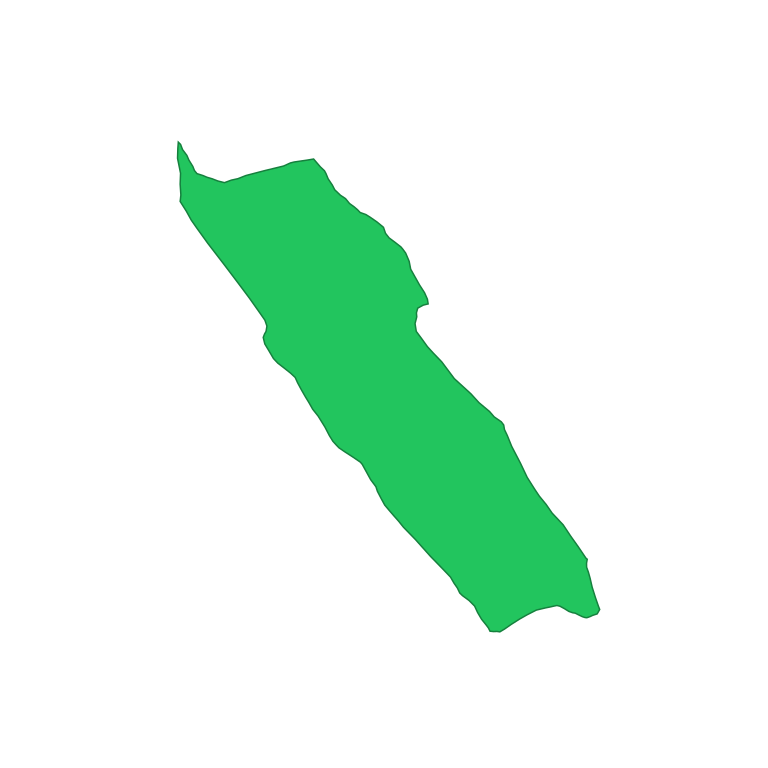 the district of Jokkmokk, Norrbotten, Sweden, rotated 212°
{"feature_id": "70781695B36834641182296", "entity_name": "Jokkmokk", "entity_type": "district", "adm_level": 2, "iso_a3": "SWE", "parent_name": "Sweden", "parent_adm1": "Norrbotten", "projection": "robinson", "projection_center": [18.54, 66.923], "detail": "fine", "context": "isolated", "style": "filled", "palette": "green", "viewbox_px": 768, "rotation_deg": 212, "n_neighbors": 0, "source": "geoboundaries", "source_scale": "gbopen_adm2", "svg_char_len": 2368}
<svg xmlns="http://www.w3.org/2000/svg" viewBox="0 0 768 768"><g transform="rotate(212 384 384)"><path d="M424.9,498.4L427.7,501.4L435.0,506.5L439.5,508.3L442.2,509.2L448.8,509.9L457.1,510.6L462.6,512.6L467.5,516.6L475.8,517.7L484.1,518.1L489.2,518.1L495.1,516.8L498.6,517.7L503.1,518.4L508.9,518.8L514.8,520.8L521.0,521.0L528.7,522.6L533.2,525.3L540.1,528.4L544.7,531.7L547.5,533.3L553.0,534.4L562.9,537.5L568.1,532.9L577.9,524.6L580.5,521.9L584.7,515.6L598.1,501.9L611.6,487.6L616.7,480.7L621.5,476.0L626.0,470.2L632.6,468.1L638.4,467.0L643.8,465.5L647.8,464.9L654.1,463.3L657.9,464.6L661.4,467.2L668.1,470.5L672.3,473.4L679.0,476.0L683.5,479.4L686.6,480.1L683.7,474.6L678.7,466.0L668.2,454.9L662.8,445.5L656.4,436.6L653.6,430.8L643.2,425.8L634.2,420.8L624.8,416.8L607.9,409.9L582.4,400.4L560.4,392.0L543.9,385.6L527.7,378.8L518.8,375.0L514.0,371.1L511.9,366.1L511.8,363.1L511.1,359.5L506.3,354.8L499.8,351.5L491.2,347.0L485.0,345.4L477.9,344.7L469.0,343.7L462.8,342.5L458.0,339.3L451.2,335.4L443.7,331.4L437.9,328.5L431.1,324.8L422.9,321.9L411.3,316.2L403.0,311.3L396.9,308.3L391.9,306.9L388.3,306.0L380.7,305.7L372.7,305.6L362.6,305.2L359.8,304.3L354.8,301.5L344.6,295.8L336.4,292.6L332.7,289.5L325.6,285.3L319.2,281.7L312.4,279.5L305.3,277.3L299.5,275.6L291.4,272.8L275.1,268.8L253.4,262.5L242.4,259.8L238.3,258.8L232.3,257.3L225.3,255.5L218.9,252.1L213.7,249.9L209.0,246.9L205.3,246.1L197.3,245.5L189.5,243.7L183.5,239.8L176.6,236.2L169.7,233.8L166.3,232.5L163.0,230.5L162.4,230.9L159.9,232.1L157.1,234.0L154.4,235.2L151.8,240.3L148.7,247.6L144.5,256.4L140.4,264.0L135.0,273.0L128.4,279.7L124.9,283.0L122.3,285.6L120.0,287.8L117.0,288.8L112.0,289.1L106.7,289.1L102.7,290.0L100.4,291.0L96.9,291.3L92.4,291.8L89.7,292.5L88.1,293.3L85.8,296.2L84.5,298.3L81.4,302.0L81.6,307.1L84.3,309.1L91.5,314.9L99.8,322.0L106.2,328.4L110.9,332.7L115.1,336.0L117.3,339.4L118.8,343.1L120.4,343.3L133.0,348.9L145.5,354.1L157.4,359.5L173.0,363.6L182.5,367.7L193.1,371.3L200.2,374.5L213.1,380.7L226.4,389.2L242.7,398.8L252.2,405.7L257.7,409.2L260.8,412.7L264.5,414.1L273.1,414.5L279.9,416.6L293.6,418.5L304.9,421.7L327.2,425.8L346.8,433.4L358.8,436.4L367.0,438.7L376.3,442.5L384.5,445.7L389.7,451.7L391.8,458.3L394.2,461.5L395.6,466.2L392.5,471.7L389.0,475.3L392.1,478.9L398.0,482.9L406.3,486.8L422.2,495.5L424.9,498.4Z" fill="#22c55e" stroke="#15803d" stroke-width="1.5"/></g></svg>